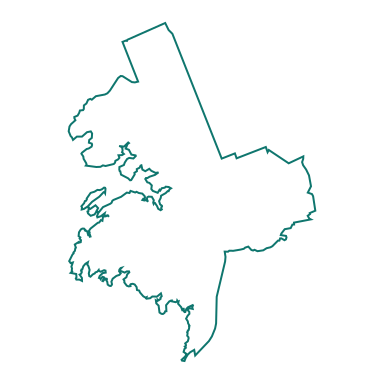 Papakura Local Board Area, Auckland, New Zealand (Albers equal-area conic projection)
{"feature_id": "76426892B98543988194896", "entity_name": "Papakura Local Board Area", "entity_type": "district", "adm_level": 2, "iso_a3": "NZL", "parent_name": "New Zealand", "parent_adm1": "Auckland", "projection": "albers", "projection_center": [174.924, -37.061], "detail": "fine", "context": "isolated", "style": "outline", "palette": "teal", "viewbox_px": 384, "rotation_deg": 0, "n_neighbors": 0, "source": "geoboundaries", "source_scale": "gbopen_adm2", "svg_char_len": 5947}
<svg xmlns="http://www.w3.org/2000/svg" viewBox="0 0 384 384"><path d="M72.0,137.5L73.0,139.9L76.9,136.6L82.0,136.6L87.0,132.2L90.8,131.4L92.1,133.5L91.8,137.9L89.2,140.0L88.9,142.7L91.8,143.6L92.1,144.9L91.6,146.6L88.7,148.5L86.7,149.0L82.0,152.7L81.4,153.7L83.3,156.5L83.6,158.8L86.2,163.2L86.6,164.7L85.9,165.6L96.4,167.0L100.5,166.8L102.9,165.4L105.6,166.0L113.8,164.0L115.0,162.7L115.4,160.8L118.1,159.4L119.4,157.8L118.5,155.3L122.0,155.1L123.9,154.0L122.0,152.2L122.6,150.9L122.3,148.0L120.8,146.5L119.1,146.0L124.0,146.6L128.2,142.5L128.9,143.1L127.5,144.1L125.7,148.6L128.9,149.8L131.4,154.6L135.6,155.4L135.8,156.0L133.4,158.5L129.2,157.9L127.1,159.0L124.8,162.5L123.9,165.0L119.4,167.0L119.3,169.7L119.7,171.1L120.3,171.3L121.0,174.6L128.1,178.3L130.1,180.3L131.2,180.1L134.7,174.4L134.4,172.8L136.9,171.2L136.8,169.1L139.6,167.7L140.6,165.6L141.4,165.3L142.4,169.6L145.3,171.2L149.3,168.8L151.3,170.8L155.6,172.9L158.5,172.4L155.0,174.9L149.6,176.7L147.3,178.1L146.0,178.0L145.3,179.0L147.3,182.3L149.4,182.9L151.8,185.4L151.3,189.0L152.8,190.9L157.7,192.8L159.5,189.8L160.2,190.6L161.8,188.2L164.7,187.7L165.7,186.7L168.7,187.0L171.0,188.3L169.5,189.3L168.6,191.2L167.7,191.1L165.7,193.1L161.1,195.7L160.7,198.0L159.1,201.1L160.1,204.4L161.9,205.7L162.0,206.6L161.4,207.0L161.2,208.3L161.8,209.4L160.6,210.2L158.2,208.8L157.1,206.2L154.9,202.9L154.1,202.8L153.6,203.8L153.2,202.7L153.8,200.2L151.8,196.8L148.5,196.6L147.3,197.3L146.8,199.0L148.0,201.7L146.2,200.1L144.4,200.5L142.4,200.0L143.3,198.7L144.7,198.5L145.0,197.4L144.7,196.2L142.3,193.6L138.8,193.0L136.5,191.8L135.2,192.5L130.5,190.9L129.5,193.0L126.8,192.6L121.1,196.8L113.6,199.9L112.4,200.7L111.6,202.7L110.4,203.7L103.0,207.1L98.8,212.3L96.5,211.0L98.1,208.1L95.5,205.3L90.3,208.9L89.4,208.5L88.0,206.2L92.1,201.8L99.3,196.7L103.7,192.1L104.5,192.1L105.1,193.2L105.5,188.7L105.1,187.8L104.1,187.6L101.7,189.4L99.7,190.1L97.4,189.9L94.5,191.7L90.6,192.9L86.7,198.5L86.9,199.1L86.1,200.7L84.9,201.1L84.1,203.2L81.4,206.3L82.0,207.5L81.7,209.5L84.0,208.9L87.5,206.6L89.2,209.1L88.5,209.7L88.3,211.4L87.5,211.6L88.0,213.4L90.7,215.8L94.5,214.5L96.5,211.6L98.3,212.8L97.0,216.2L97.4,217.4L100.9,216.2L104.7,213.3L104.3,214.7L105.3,215.8L107.8,215.3L108.9,216.8L107.5,215.4L105.9,216.3L103.0,216.6L102.4,220.8L100.9,220.1L99.2,222.5L97.8,222.8L90.5,228.6L89.0,230.8L89.7,232.7L89.2,234.2L89.9,234.6L90.5,236.5L89.8,236.7L89.2,235.1L88.2,235.1L87.2,231.3L85.2,230.7L84.9,230.2L85.3,229.9L84.0,228.6L82.3,228.6L80.8,229.5L79.0,232.3L78.6,236.1L80.3,237.4L79.6,238.5L81.0,240.2L80.7,242.2L78.8,242.7L78.7,242.0L74.8,244.5L75.9,247.7L75.3,248.3L74.9,250.8L73.4,252.6L73.6,253.4L72.5,254.5L69.2,261.1L70.6,263.1L72.8,262.5L71.4,266.7L72.0,268.3L71.7,271.2L72.8,270.8L70.7,272.9L76.2,274.0L76.5,277.2L75.8,278.5L76.4,279.6L79.4,279.6L82.0,280.9L81.9,277.9L79.6,274.6L80.7,274.1L81.7,272.5L81.7,271.3L81.0,270.8L81.5,269.5L82.3,269.4L83.3,266.3L85.4,263.8L87.9,262.2L87.3,264.6L88.4,266.1L89.6,269.9L88.8,273.4L89.3,276.1L90.5,276.7L92.8,274.4L94.8,273.4L95.4,272.4L97.3,271.7L98.7,270.0L98.9,270.9L100.7,271.7L104.1,270.2L105.5,270.6L105.7,272.6L102.7,273.1L99.7,276.0L99.0,277.9L100.1,278.2L100.6,279.2L102.5,276.8L104.0,277.3L104.3,277.9L102.4,280.9L103.0,281.2L105.3,278.5L106.8,278.8L106.9,279.3L106.2,280.1L107.2,281.6L107.7,284.6L109.4,285.8L110.8,286.0L111.7,285.0L112.0,284.2L111.4,281.7L112.7,278.7L116.4,275.9L119.4,274.9L120.7,273.3L119.1,271.3L119.4,269.6L120.6,268.1L121.6,267.8L119.9,269.7L120.1,270.7L124.7,272.6L126.8,271.4L129.0,271.4L129.3,272.3L127.2,274.4L126.4,277.2L123.5,279.4L124.4,280.9L124.3,282.4L126.8,285.7L128.7,286.4L130.5,286.1L130.3,284.6L130.9,284.1L132.8,283.8L134.7,284.5L136.6,287.1L137.0,290.0L139.2,290.6L140.0,292.5L143.3,296.3L145.5,297.6L146.5,297.2L146.1,298.4L146.5,298.7L150.2,298.2L152.3,296.5L157.0,296.6L160.9,293.4L161.7,296.2L160.5,297.7L160.6,298.8L158.7,300.3L157.7,299.6L157.8,300.5L157.0,301.3L155.9,300.5L156.3,303.4L158.6,305.6L159.5,312.5L161.4,313.8L162.9,314.0L164.4,313.0L165.2,311.3L166.4,311.2L166.1,305.2L169.3,301.4L171.2,300.5L171.8,300.5L171.6,301.3L175.8,302.2L177.0,301.5L177.2,300.6L177.8,301.6L178.6,301.3L178.1,303.7L181.2,307.2L182.3,310.3L182.8,310.3L183.1,308.8L183.7,308.8L184.0,311.4L184.6,312.1L185.3,312.0L186.3,309.0L187.9,307.3L192.7,305.1L193.0,305.6L192.2,306.9L192.7,308.9L189.4,308.2L188.0,309.4L187.9,310.3L189.3,311.9L189.4,313.8L187.6,315.8L186.1,318.7L187.8,321.3L188.1,323.3L189.5,325.8L189.0,326.2L189.2,327.7L188.7,330.0L187.8,330.5L187.8,331.7L187.1,332.2L187.6,333.5L187.2,335.7L188.5,337.3L188.6,338.5L187.8,341.3L185.2,343.4L186.0,345.0L185.8,346.0L184.8,346.5L185.8,347.8L184.5,348.9L183.6,351.9L186.3,353.8L185.4,356.3L181.6,359.8L182.0,360.6L184.5,361.0L185.7,357.9L187.7,354.7L190.1,352.3L194.2,349.9L195.2,355.5L208.9,341.1L211.9,336.4L215.1,328.5L216.1,323.4L216.7,296.8L225.1,261.5L225.5,256.9L224.7,251.6L228.0,251.7L229.3,250.7L233.3,250.8L240.5,249.6L243.8,248.8L245.2,247.6L248.3,246.6L251.4,250.0L253.1,250.5L254.5,249.8L257.5,251.2L263.3,250.3L266.6,248.2L270.4,247.3L272.4,246.2L278.0,240.6L279.4,240.6L280.1,238.4L281.4,238.4L284.5,240.2L285.9,239.4L286.5,237.4L286.0,235.9L280.8,235.1L281.3,233.6L284.7,229.2L290.7,228.1L292.4,224.6L294.1,224.5L294.0,222.6L310.8,219.4L309.3,218.6L307.7,215.8L310.0,214.1L309.7,213.1L315.3,210.7L313.1,196.2L312.0,194.1L307.8,192.6L311.0,186.3L309.0,175.4L306.1,169.5L303.1,165.2L302.1,162.1L303.2,158.9L303.3,156.4L288.7,163.3L268.8,150.0L267.6,152.2L265.8,147.0L236.6,158.3L234.9,153.4L221.7,158.6L172.4,33.8L168.6,30.0L165.2,23.0L127.3,39.8L126.9,40.9L125.8,40.6L122.5,41.9L138.1,81.6L134.9,82.4L131.9,82.1L122.6,76.2L120.7,76.0L118.1,78.0L109.9,90.6L107.4,93.3L104.9,94.5L95.9,96.2L91.8,99.7L90.3,98.9L88.1,99.8L86.4,103.5L83.9,105.4L83.8,109.0L83.1,110.1L79.9,110.5L79.2,112.8L77.6,115.6L74.3,117.0L74.4,118.3L75.4,120.2L71.0,124.2L69.5,126.5L68.7,131.3L70.6,136.0L72.0,137.5Z" fill="none" stroke="#0f766e" stroke-width="2"/></svg>